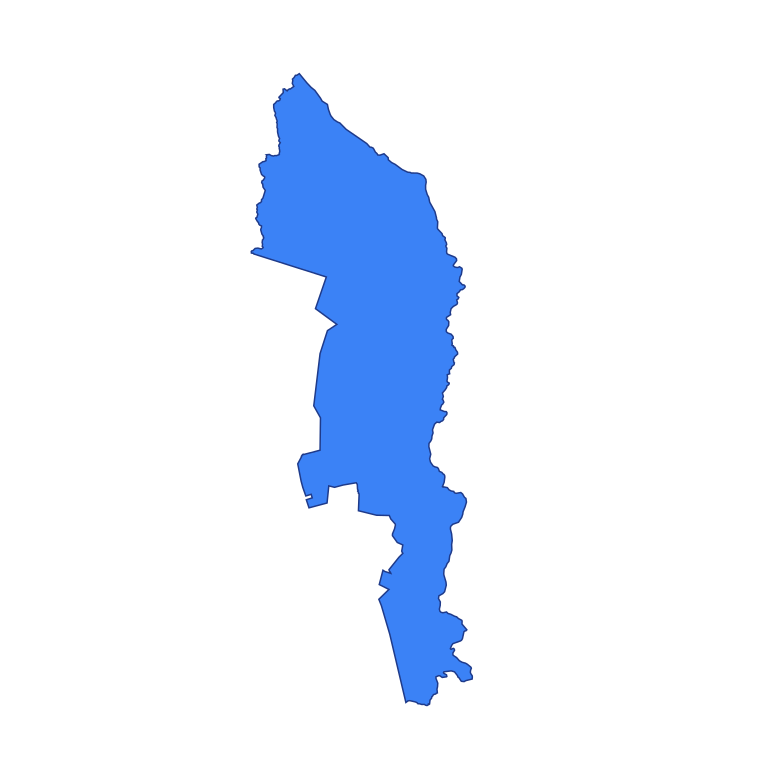 outline of Kafue, Lusaka, Zambia, rotated 255°
{"feature_id": "96606910B70191271227661", "entity_name": "Kafue", "entity_type": "district", "adm_level": 2, "iso_a3": "ZMB", "parent_name": "Zambia", "parent_adm1": "Lusaka", "projection": "mercator", "projection_center": [28.513, -15.723], "detail": "fine", "context": "isolated", "style": "filled", "palette": "blue", "viewbox_px": 768, "rotation_deg": 255, "n_neighbors": 0, "source": "geoboundaries", "source_scale": "gbopen_adm2", "svg_char_len": 6113}
<svg xmlns="http://www.w3.org/2000/svg" viewBox="0 0 768 768"><g transform="rotate(255 384 384)"><path d="M398.4,462.2L400.9,462.0L401.3,461.7L401.3,461.0L402.9,460.9L403.3,460.0L404.1,459.6L404.9,460.3L408.7,460.8L409.4,461.2L410.2,462.7L412.0,463.0L414.7,461.8L416.7,458.9L417.9,458.0L418.8,457.8L420.7,458.3L423.8,461.6L427.3,462.7L429.0,462.2L430.0,461.2L431.2,461.2L432.2,461.7L433.7,466.3L436.0,466.5L439.4,468.3L441.0,471.1L441.9,474.6L442.4,475.4L443.4,476.0L446.4,476.0L447.1,477.8L448.3,478.7L450.2,477.3L452.4,477.9L453.7,480.7L455.1,482.2L454.9,484.2L455.5,485.8L456.4,487.2L457.5,487.7L459.0,486.9L459.5,485.4L463.6,483.2L467.6,485.0L469.9,487.1L474.6,489.2L475.6,489.2L477.7,487.3L477.4,485.5L477.9,484.1L478.8,482.5L480.2,481.5L481.1,481.9L484.4,486.1L486.2,486.4L488.1,485.4L492.8,479.2L493.8,478.5L495.7,478.7L498.9,479.9L500.7,479.4L501.6,479.6L502.4,480.6L504.2,480.8L507.6,480.1L508.3,480.7L509.6,481.0L512.2,479.0L514.2,479.0L519.8,476.0L520.7,475.9L526.8,477.9L529.8,477.4L530.8,477.7L537.4,477.8L547.8,475.2L552.8,475.5L555.7,474.8L561.3,474.6L565.1,475.6L568.1,477.0L570.9,477.4L574.7,476.2L577.8,473.0L579.2,470.5L580.7,465.0L581.6,464.1L582.4,461.8L586.5,457.0L593.2,451.7L595.9,448.7L599.5,446.2L601.6,446.6L606.4,443.6L606.1,439.2L606.9,437.2L608.4,436.9L610.2,435.7L614.5,434.7L615.9,433.2L616.5,431.7L620.7,429.6L639.7,413.4L647.6,408.9L649.0,407.0L652.4,404.0L656.5,402.2L658.4,401.8L663.7,401.4L668.7,401.7L673.2,397.5L676.6,396.6L685.5,393.2L689.5,390.3L694.9,387.4L705.7,382.5L704.8,379.8L705.1,378.3L703.3,376.5L702.2,374.5L700.6,374.4L698.1,373.2L694.8,373.9L693.2,369.9L693.5,369.1L693.1,367.6L692.2,366.3L694.9,364.3L694.9,362.8L691.5,362.1L688.2,356.7L687.6,356.7L686.5,357.7L685.3,357.0L684.7,355.6L685.0,354.5L684.8,353.4L683.7,352.1L682.6,349.8L679.5,349.0L675.8,348.8L674.6,349.3L673.3,349.2L671.7,348.1L668.9,348.8L668.1,348.6L666.1,348.9L665.1,348.7L664.6,348.0L663.0,348.2L659.3,347.0L658.2,347.3L655.0,346.4L650.5,346.2L648.1,346.7L646.5,345.5L645.6,345.4L644.0,346.3L642.1,344.4L641.1,343.9L639.8,344.2L638.8,343.8L636.9,343.7L635.4,343.4L633.8,342.4L633.2,342.5L632.7,342.0L632.4,339.3L632.9,337.7L632.8,336.2L633.9,334.1L635.4,332.7L635.8,330.2L635.6,330.4L634.8,329.4L632.8,329.1L632.3,328.2L630.3,327.9L629.9,325.9L630.1,324.5L628.6,320.2L626.0,319.6L624.8,320.3L622.7,319.7L618.1,320.0L616.3,321.1L615.2,322.3L614.7,322.3L613.9,322.0L612.2,320.2L611.8,318.8L610.4,318.0L609.0,318.2L608.7,318.6L605.5,318.1L601.7,319.4L595.0,315.2L593.6,313.3L592.0,312.9L591.1,311.5L591.1,310.4L589.8,307.4L587.3,307.4L586.3,306.6L585.7,306.4L585.0,306.8L583.0,305.6L580.7,306.1L577.8,304.3L577.7,303.4L577.0,302.9L573.4,303.9L572.6,304.5L570.8,304.5L569.7,305.0L568.4,306.6L566.6,306.0L565.4,305.0L564.2,304.8L560.2,304.9L558.0,305.8L557.5,305.4L556.3,305.7L554.8,304.5L554.6,303.9L552.2,302.9L550.5,302.9L548.4,302.0L547.3,302.7L546.6,302.0L546.2,300.4L547.9,297.4L548.3,294.6L546.8,292.0L546.8,290.6L546.4,290.1L544.8,289.8L544.0,291.7L543.3,291.9L502.3,356.0L474.5,337.3L453.8,353.9L450.2,343.2L429.9,330.1L381.1,310.5L367.8,313.9L336.6,305.1L336.7,287.9L337.0,287.9L337.0,287.2L335.6,285.5L335.2,285.6L329.2,280.0L311.7,278.8L305.0,278.8L296.1,279.5L296.3,285.1L292.6,285.2L292.3,279.0L283.8,279.5L283.8,298.2L299.9,304.3L297.0,309.5L297.0,318.3L295.8,331.6L293.9,332.2L289.3,331.2L288.0,331.5L287.4,330.8L286.0,331.3L285.0,331.0L284.2,331.5L268.2,326.5L259.2,342.8L255.6,355.1L251.9,355.6L245.8,358.6L244.8,358.5L241.4,356.7L237.0,353.4L235.3,352.9L227.5,355.8L223.7,360.5L218.1,357.9L217.2,357.9L215.6,358.4L212.8,353.6L203.3,340.7L201.1,340.9L200.8,341.4L199.3,341.6L202.7,336.3L204.4,334.8L191.5,327.5L184.3,335.6L177.4,323.3L170.6,324.1L140.7,324.8L70.7,322.7L71.7,325.2L71.5,326.9L68.7,332.2L67.4,333.6L66.4,334.0L65.8,335.8L64.7,337.5L64.1,340.0L63.0,341.0L62.3,342.3L62.7,343.9L63.4,344.1L62.9,344.7L63.1,345.2L66.7,346.6L68.3,348.7L69.5,349.2L70.0,350.2L71.2,351.4L71.2,353.8L71.7,354.3L71.8,355.6L75.6,356.2L77.6,357.3L81.1,358.5L86.2,358.0L87.7,358.4L88.1,361.4L87.7,362.4L85.5,364.3L85.0,368.6L85.2,369.0L86.9,369.1L89.2,366.8L89.7,366.7L90.5,367.4L89.5,374.7L87.7,377.6L83.2,379.5L81.9,379.5L80.8,380.4L76.9,381.7L76.6,382.3L75.8,384.4L76.3,386.2L76.2,392.8L78.1,393.5L79.3,393.7L82.0,392.8L83.3,392.8L85.2,393.6L86.8,394.8L87.9,394.7L91.7,392.0L93.2,390.5L95.1,387.3L97.3,385.1L100.8,383.4L103.9,380.7L104.5,380.5L106.3,380.9L108.5,383.2L109.6,383.3L110.6,382.8L110.7,381.8L110.3,380.4L110.7,379.7L111.2,379.6L113.9,381.6L115.4,383.4L116.0,391.2L116.4,392.5L117.6,393.8L124.0,397.1L124.5,398.0L124.4,399.2L125.1,400.4L131.9,397.2L134.9,398.1L135.7,397.9L138.2,395.2L140.3,393.9L141.4,392.1L144.3,388.9L145.8,386.4L147.6,385.4L147.8,381.7L148.8,379.9L150.0,379.2L152.2,379.2L155.6,381.0L158.9,382.0L162.6,381.1L165.2,382.2L166.3,386.6L167.7,388.8L173.6,392.1L176.6,392.6L184.1,392.4L185.6,392.7L189.6,394.1L191.4,396.4L194.2,398.5L196.0,400.9L201.2,403.1L203.4,405.0L206.1,406.6L211.5,407.8L215.1,409.4L221.6,410.5L226.7,410.6L228.6,411.2L229.3,411.7L230.7,414.1L231.2,420.2L235.0,424.5L237.9,426.4L240.1,427.3L244.5,430.6L248.6,433.1L252.3,433.5L253.7,432.4L257.5,431.4L259.3,430.1L259.7,425.6L260.2,424.5L261.0,423.8L262.2,423.6L263.2,421.3L265.0,419.4L267.5,418.4L269.2,415.0L269.1,414.5L269.7,413.9L273.6,416.7L278.4,418.7L280.0,418.9L281.2,418.5L281.5,418.0L283.6,417.0L285.3,414.9L288.4,414.6L289.6,413.9L290.8,411.7L292.2,410.2L296.4,408.7L299.9,408.7L304.1,411.0L311.8,411.1L315.0,412.1L316.9,414.5L318.6,415.9L321.4,416.9L324.0,418.7L327.2,419.0L332.1,422.4L333.5,425.1L332.4,427.7L333.1,429.3L333.3,431.0L334.3,432.4L335.9,432.9L338.2,436.6L338.8,437.0L340.0,437.4L341.2,437.0L341.8,435.2L344.5,431.6L346.2,432.3L348.9,434.3L349.4,435.5L351.0,437.1L353.3,436.9L354.1,436.4L356.6,438.1L360.2,438.1L362.6,441.7L364.4,443.6L365.9,444.3L366.5,446.1L367.3,447.0L368.1,447.2L369.3,445.9L370.6,445.6L373.7,447.0L376.6,447.5L376.9,450.1L378.6,450.2L380.7,450.9L381.7,453.1L383.3,453.9L384.6,456.7L386.2,457.5L386.6,457.1L390.0,457.3L391.1,458.8L391.9,459.1L393.9,462.9L395.7,463.2L398.4,462.2Z" fill="#3b82f6" stroke="#1e3a8a" stroke-width="1.5"/></g></svg>